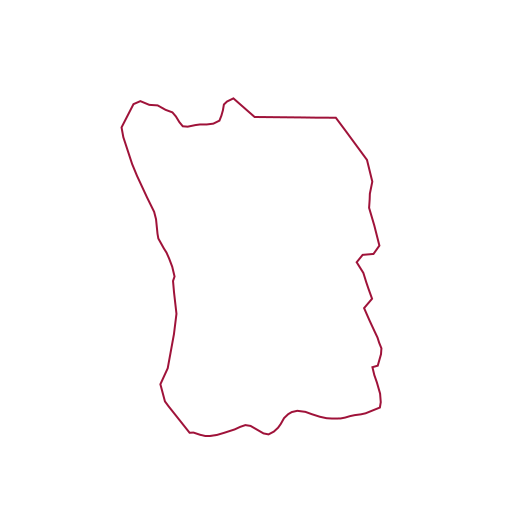 Ladário, Mato Grosso do Sul, Brazil, rotated 158°
{"feature_id": "56859067B96072834593771", "entity_name": "Ladário", "entity_type": "district", "adm_level": 2, "iso_a3": "BRA", "parent_name": "Brazil", "parent_adm1": "Mato Grosso do Sul", "projection": "equal_earth", "projection_center": [-57.566, -19.109], "detail": "fine", "context": "isolated", "style": "outline", "palette": "rose", "viewbox_px": 512, "rotation_deg": 158, "n_neighbors": 0, "source": "geoboundaries", "source_scale": "gbopen_adm2", "svg_char_len": 1470}
<svg xmlns="http://www.w3.org/2000/svg" viewBox="0 0 512 512"><g transform="rotate(158 256 256)"><path d="M190.9,101.3L189.7,109.3L184.2,108.7L176.9,118.1L174.3,123.4L174.3,129.5L173.9,134.9L174.3,141.7L174.9,153.7L175.3,167.2L164.4,172.9L164.0,183.3L163.6,190.4L162.8,200.1L165.0,212.5L156.7,217.1L146.3,213.9L137.7,219.4L134.9,239.9L133.1,258.3L129.5,265.7L127.1,271.1L120.3,281.4L117.1,303.5L126.2,339.1L130.2,354.3L149.5,362.2L161.6,367.3L205.2,385.4L217.9,410.6L225.0,410.1L229.0,408.5L232.1,403.5L235.5,399.1L239.2,395.2L246.0,394.7L252.7,396.5L258.5,398.9L263.2,400.1L270.9,401.5L275.3,403.7L276.9,408.8L278.0,415.4L279.7,420.5L285.1,425.4L290.8,432.5L298.3,436.1L305.2,442.9L312.7,442.7L332.5,425.6L334.5,415.9L336.4,387.7L336.3,374.8L335.1,351.3L333.9,335.1L334.9,327.6L339.0,313.5L340.0,308.8L338.6,297.6L337.7,292.6L337.5,286.2L337.7,277.4L339.2,267.5L342.3,263.9L345.6,253.1L351.4,232.2L361.4,214.2L379.9,185.0L392.7,172.9L394.9,155.3L393.4,149.5L383.8,117.0L380.1,115.7L374.7,111.1L370.6,108.2L366.2,106.4L359.1,104.7L351.9,104.0L340.7,103.2L334.6,103.5L329.2,103.2L324.7,100.5L319.7,94.1L315.5,88.7L311.2,85.9L305.2,86.5L299.9,88.5L296.1,90.9L290.7,95.2L285.4,97.3L281.3,97.9L275.7,97.0L268.6,93.0L263.6,88.5L257.1,83.1L251.4,79.2L247.0,77.1L242.6,75.3L238.5,73.7L233.9,72.8L228.7,72.3L224.2,71.5L218.1,69.9L213.3,69.1L206.8,69.1L203.2,69.1L197.9,69.1L195.1,73.7L192.5,81.9L191.3,93.3L190.9,101.3Z" fill="none" stroke="#9f1239" stroke-width="2"/></g></svg>